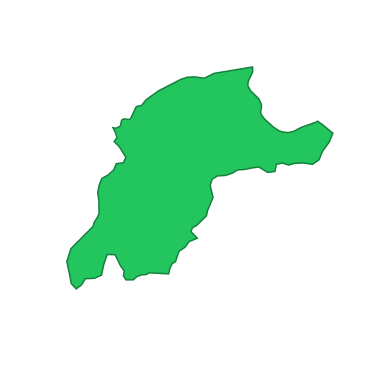 outline of Kyustendil, rotated 117°
{"feature_id": "BGR-2252", "entity_name": "Kyustendil", "entity_type": "Province", "adm_level": 1, "iso_a3": "BGR", "parent_name": "Bulgaria", "parent_adm1": "", "projection": "mercator", "projection_center": [22.877, 42.321], "detail": "fine", "context": "isolated", "style": "filled", "palette": "green", "viewbox_px": 384, "rotation_deg": 117, "n_neighbors": 0, "source": "natural_earth", "source_scale": "10m", "svg_char_len": 1588}
<svg xmlns="http://www.w3.org/2000/svg" viewBox="0 0 384 384"><g transform="rotate(117 192 192)"><path d="M53.1,194.8L57.6,192.4L67.4,192.2L71.6,190.8L75.0,186.3L78.7,174.7L82.4,169.9L85.9,168.2L88.9,167.5L91.5,165.7L94.0,160.6L97.2,149.0L98.0,142.4L97.1,137.6L95.3,133.1L92.3,129.4L85.1,124.2L72.9,112.8L71.9,112.3L72.8,106.0L75.7,93.2L85.1,92.4L96.6,94.2L105.5,93.4L112.6,97.2L115.7,106.2L120.1,113.9L124.2,118.2L125.2,124.8L129.1,129.4L136.1,127.4L140.2,133.6L139.4,143.8L143.2,149.3L148.0,155.3L151.6,161.3L156.9,164.6L162.1,169.8L166.0,176.5L171.5,179.9L178.0,178.7L187.3,170.8L201.5,169.7L206.7,168.3L219.4,172.6L223.8,175.4L227.8,174.9L230.8,166.3L237.5,172.1L244.5,173.2L250.7,176.6L257.3,175.8L261.4,175.1L265.2,177.2L270.7,176.9L275.6,175.7L283.5,193.6L286.2,195.1L287.9,198.2L291.8,202.4L296.9,204.4L300.3,211.0L297.8,215.0L293.1,216.6L290.2,222.2L282.8,232.0L286.2,239.2L296.7,237.7L307.1,234.9L313.1,239.6L317.7,247.7L324.7,248.2L330.9,251.2L328.4,258.0L322.4,262.6L310.9,271.9L297.5,274.2L267.8,264.6L263.3,265.4L258.8,264.9L253.7,264.9L242.1,271.0L235.4,275.7L228.3,277.8L220.9,278.5L214.8,274.4L207.9,271.8L201.1,272.3L197.1,266.4L191.1,266.7L184.3,278.0L182.5,284.3L177.5,283.5L173.5,287.6L170.5,291.6L170.0,289.3L168.7,287.8L166.1,286.0L164.8,285.9L161.2,287.1L159.5,287.2L157.7,285.8L156.9,283.6L156.3,281.5L155.3,280.3L152.9,280.0L142.2,280.5L140.7,279.9L139.6,278.6L138.7,277.2L137.7,276.2L130.7,274.8L119.3,268.9L117.1,267.8L96.7,253.1L91.8,248.2L91.1,246.9L88.2,241.9L85.1,232.8L76.2,226.1L53.1,194.8Z" fill="#22c55e" stroke="#15803d" stroke-width="1.5"/></g></svg>